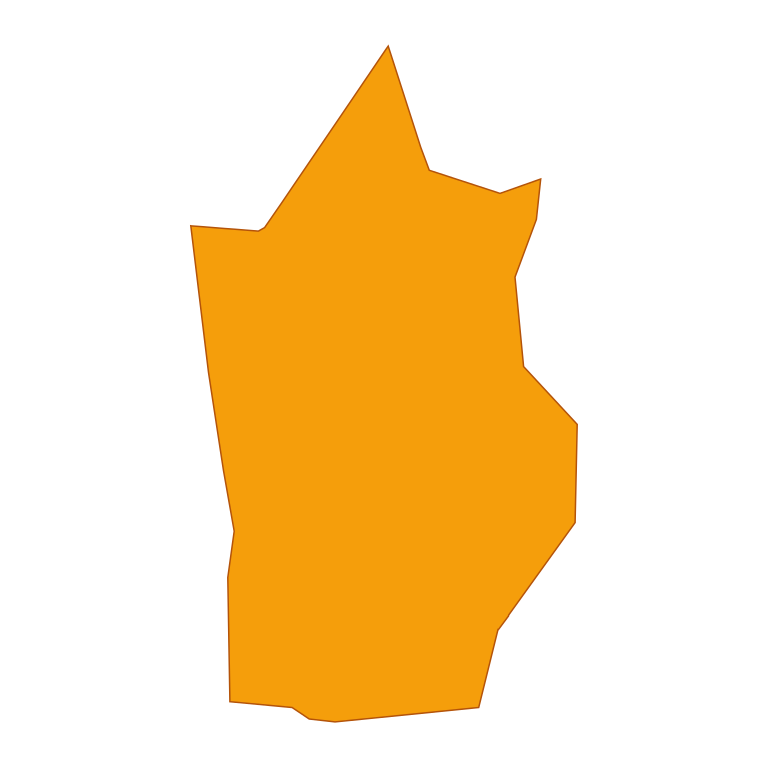 map outline of Hiiraan (Equal Earth projection)
{"feature_id": "SOM-2409", "entity_name": "Hiiraan", "entity_type": "Region", "adm_level": 1, "iso_a3": "SOM", "parent_name": "Somalia", "parent_adm1": "", "projection": "equal_earth", "projection_center": [45.352, 4.37], "detail": "fine", "context": "isolated", "style": "filled", "palette": "amber", "viewbox_px": 768, "rotation_deg": 0, "n_neighbors": 0, "source": "natural_earth", "source_scale": "10m", "svg_char_len": 597}
<svg xmlns="http://www.w3.org/2000/svg" viewBox="0 0 768 768"><path d="M258.4,231.1L264.6,227.6L281.6,203.0L293.8,185.0L316.8,151.2L339.8,117.4L362.8,83.5L385.7,49.7L388.2,46.1L420.7,147.2L429.3,170.3L500.0,193.4L540.7,179.0L536.4,219.4L515.0,277.1L523.6,366.6L577.2,424.4L575.1,522.6L508.7,615.0L508.5,616.0L498.4,629.6L498.0,629.5L478.7,707.5L335.0,721.9L309.2,719.0L292.1,707.5L229.9,701.7L227.8,577.5L234.2,531.2L223.5,470.6L208.5,372.4L190.8,225.8L191.3,225.9L202.4,226.7L213.5,227.6L224.6,228.5L235.7,229.3L246.8,230.2L258.4,231.1Z" fill="#f59e0b" stroke="#b45309" stroke-width="1.5"/></svg>